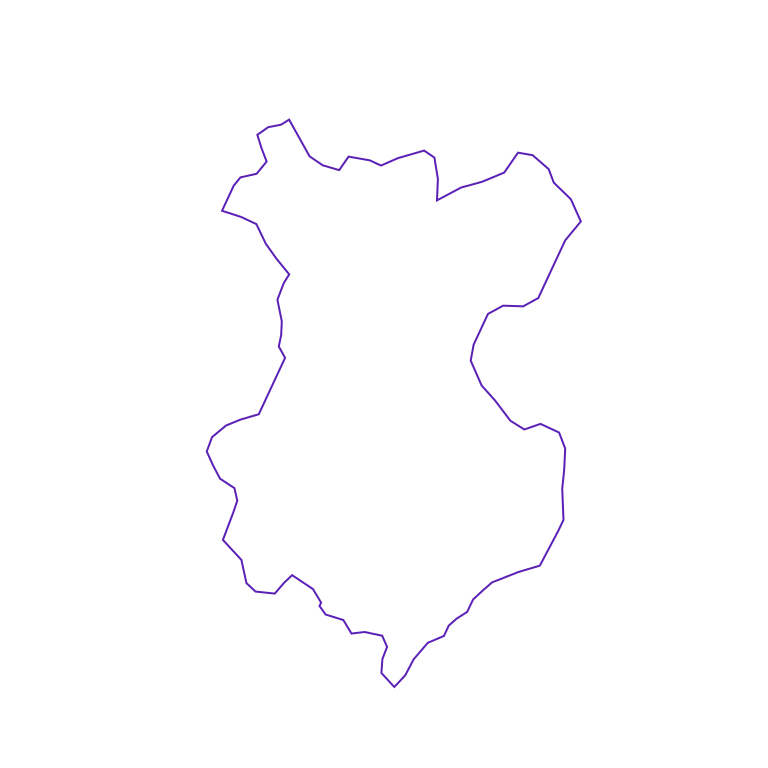 Gongju-si, South Chungcheong, South Korea (Robinson projection), rotated 205°
{"feature_id": "91817680B8449507929864", "entity_name": "Gongju-si", "entity_type": "district", "adm_level": 2, "iso_a3": "KOR", "parent_name": "South Korea", "parent_adm1": "South Chungcheong", "projection": "robinson", "projection_center": [127.087, 36.473], "detail": "fine", "context": "isolated", "style": "outline", "palette": "violet", "viewbox_px": 768, "rotation_deg": 205, "n_neighbors": 0, "source": "geoboundaries", "source_scale": "gbopen_adm2", "svg_char_len": 1486}
<svg xmlns="http://www.w3.org/2000/svg" viewBox="0 0 768 768"><g transform="rotate(205 384 384)"><path d="M604.0,472.5L584.3,475.0L567.3,475.0L550.3,461.1L534.6,452.2L516.2,443.3L517.5,433.1L516.2,415.3L503.1,397.6L497.9,384.9L495.2,373.5L484.7,365.9L484.7,350.6L484.7,324.0L484.7,303.7L499.1,291.0L509.6,279.6L517.4,263.2L516.1,247.9L504.3,237.8L492.6,228.9L475.5,226.4L467.7,216.3L466.4,204.9L464.1,174.6L438.9,164.3L424.5,145.4L412.7,141.6L394.4,147.9L390.5,161.8L386.5,171.9L361.7,168.1L348.6,159.3L348.6,155.5L339.4,150.4L321.1,152.9L308.0,144.1L296.9,151.0L279.3,155.1L270.1,147.0L269.2,134.0L264.2,121.0L249.2,114.8L246.6,113.8L241.6,129.1L240.8,147.0L234.9,168.0L223.2,181.0L223.2,192.4L219.0,202.1L212.3,212.6L212.2,226.4L207.2,238.6L202.2,249.9L182.9,270.2L177.0,275.5L166.0,285.2L164.0,324.8L163.9,336.7L178.2,364.4L184.4,382.3L192.5,402.1L204.8,414.0L225.3,414.0L237.6,402.1L253.9,404.1L276.4,416.0L294.9,423.9L315.3,441.8L319.4,457.6L319.4,473.5L319.4,491.4L309.2,505.3L290.7,513.2L280.5,527.1L280.5,550.9L280.5,568.8L280.5,574.8L280.5,590.7L274.3,614.5L292.7,630.4L315.3,638.3L325.5,648.3L346.0,654.2L360.3,650.3L364.4,626.4L380.8,608.5L397.2,594.6L413.6,572.8L421.8,592.6L434.0,610.5L446.3,612.5L466.8,594.6L479.1,580.7L491.4,580.7L508.8,576.0L512.2,575.1L515.0,558.9L532.0,556.3L547.7,558.9L581.7,583.5L587.0,575.4L597.5,567.8L604.1,556.3L594.9,546.2L584.4,536.0L588.3,520.7L601.4,510.6L604.0,500.4L604.0,472.5Z" fill="none" stroke="#5b21b6" stroke-width="2"/></g></svg>